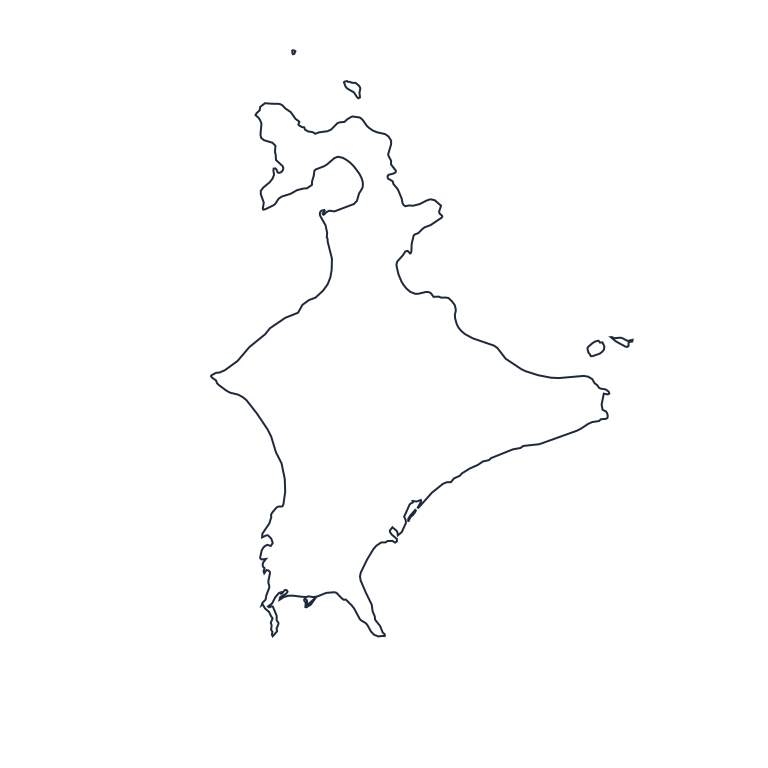 Hokkaidō, Natural Earth projection, rotated 112°
{"feature_id": "JPN-1847", "entity_name": "Hokkaidō", "entity_type": "Circuit", "adm_level": 1, "iso_a3": "JPN", "parent_name": "Japan", "parent_adm1": "", "projection": "natural_earth1", "projection_center": [142.428, 43.461], "detail": "fine", "context": "isolated", "style": "outline", "palette": "slate", "viewbox_px": 768, "rotation_deg": 112, "n_neighbors": 0, "source": "natural_earth", "source_scale": "10m", "svg_char_len": 6172}
<svg xmlns="http://www.w3.org/2000/svg" viewBox="0 0 768 768"><g transform="rotate(112 384 384)"><path d="M653.3,390.5L659.6,392.7L658.4,394.1L655.6,394.6L654.2,396.6L649.8,397.8L647.8,399.5L643.1,399.5L641.2,402.2L638.4,405.2L636.7,410.2L633.8,413.9L635.0,414.6L632.3,414.7L628.3,413.0L624.2,413.9L615.6,414.1L613.8,415.0L611.9,416.6L609.6,417.5L601.8,418.9L600.7,419.8L600.2,421.3L600.5,423.2L604.4,424.1L602.8,425.5L599.5,425.8L598.6,427.9L596.6,429.0L594.5,429.1L590.4,427.9L592.5,431.6L592.2,433.0L591.4,433.8L584.6,435.0L581.7,434.8L579.1,433.9L576.8,431.9L576.6,428.3L573.1,427.6L569.6,430.6L567.8,434.8L568.3,436.3L571.9,439.6L568.4,440.7L556.3,438.1L549.7,438.6L547.5,439.8L544.9,439.4L538.6,437.3L537.1,435.9L535.8,432.7L534.7,432.2L532.8,432.3L521.0,435.2L509.1,440.5L495.9,449.3L487.8,458.6L475.0,468.9L469.6,475.1L458.9,490.9L450.5,505.5L449.1,510.0L448.5,515.1L449.7,523.6L449.1,528.2L446.8,536.9L445.8,539.1L443.6,541.1L442.5,545.9L441.5,547.4L440.2,547.0L436.5,543.8L434.9,540.7L430.8,536.7L417.5,528.4L400.3,522.7L382.3,512.8L375.0,510.6L359.7,500.4L350.1,490.4L341.2,489.3L334.3,485.0L329.6,479.9L320.4,475.5L312.7,473.6L305.0,473.7L297.7,475.3L287.3,479.2L273.2,489.5L270.8,490.6L269.2,492.1L265.2,493.3L258.7,497.7L252.3,505.8L250.9,507.0L248.9,507.6L246.8,507.0L245.0,504.5L245.4,504.0L248.7,504.7L249.5,504.4L249.7,503.3L246.3,501.8L243.9,499.8L242.5,494.6L228.4,479.3L224.3,477.7L216.8,478.5L210.7,477.5L208.6,477.7L204.9,479.2L201.4,482.0L198.3,485.6L193.6,493.3L191.7,497.6L190.4,502.2L189.7,507.0L190.6,511.9L193.1,514.6L201.8,519.1L204.5,521.1L210.7,527.7L212.3,528.4L217.5,527.1L223.0,526.6L226.4,525.4L231.4,528.7L232.8,531.7L236.8,537.2L242.8,542.0L248.4,548.9L251.6,551.1L257.7,552.3L259.7,553.4L266.1,559.2L267.6,561.2L266.7,562.1L260.9,563.4L254.2,569.3L251.0,570.6L247.1,569.5L239.8,565.6L235.5,564.3L231.3,564.3L227.5,566.5L225.6,567.0L224.8,565.4L225.5,563.9L227.8,561.8L227.3,559.9L225.8,558.5L223.7,557.9L221.6,558.2L220.0,559.5L216.8,568.0L211.7,570.5L209.8,572.0L203.8,573.9L202.1,577.8L202.9,586.5L201.9,590.0L199.2,591.9L188.4,595.2L185.6,597.9L184.2,600.0L182.8,603.9L180.7,603.6L176.7,601.8L173.5,602.6L168.2,599.5L166.2,593.0L163.7,586.8L163.4,584.6L163.8,582.2L165.4,578.9L166.9,572.2L171.3,565.4L172.4,561.1L172.8,560.6L175.3,560.7L176.1,559.6L176.5,556.3L175.9,554.1L177.7,552.6L178.3,548.9L177.3,545.2L177.3,543.2L177.8,541.6L175.0,538.5L170.8,531.1L168.0,528.4L159.5,524.8L157.9,522.9L155.8,518.8L152.4,517.3L148.6,514.4L147.7,513.2L146.0,506.4L146.5,504.3L147.5,502.1L151.1,496.6L152.0,494.3L153.2,489.4L153.2,484.6L151.9,476.6L152.8,472.5L155.7,468.6L159.1,467.2L169.4,466.2L170.8,465.3L174.3,461.1L177.8,459.7L181.8,452.9L183.3,452.5L185.2,453.9L188.4,458.2L190.1,458.6L192.0,457.3L192.7,452.3L193.4,451.2L194.9,450.4L198.4,444.0L205.5,437.0L209.1,434.8L210.6,433.0L211.2,431.0L209.1,427.7L207.8,423.8L203.8,418.3L197.8,413.1L195.3,410.1L194.6,405.8L197.3,397.9L203.5,397.5L205.1,396.4L206.2,393.3L206.9,392.7L208.1,392.8L219.3,400.4L223.3,404.8L225.1,406.1L231.2,408.7L234.1,411.7L235.2,412.1L243.9,410.8L250.4,408.4L252.3,408.2L253.2,408.7L251.7,412.0L253.2,413.9L257.2,414.6L265.6,417.6L268.3,417.3L270.6,416.1L277.1,411.5L282.8,405.8L285.0,402.7L287.2,398.7L288.7,394.0L288.7,389.0L287.6,386.2L282.9,379.5L282.0,376.7L282.2,374.6L284.6,370.8L282.4,365.6L282.6,363.6L280.7,358.9L280.1,356.5L281.9,351.9L284.2,348.1L287.6,345.6L289.5,344.8L293.1,344.3L296.3,342.8L301.1,339.1L303.7,336.2L305.8,332.5L307.4,327.6L308.4,318.7L307.2,296.3L308.1,292.5L315.0,280.6L318.8,262.2L319.1,257.5L318.1,244.3L315.6,231.5L313.0,224.1L301.7,201.9L300.7,197.4L301.5,192.7L304.4,189.0L305.2,185.9L307.0,183.1L307.1,181.4L306.0,176.4L306.9,172.9L308.4,171.5L309.4,172.1L309.9,173.0L310.6,176.6L321.6,174.5L326.0,171.7L326.3,167.9L327.5,166.2L329.7,164.6L331.8,164.1L333.1,165.1L335.4,169.6L337.9,170.9L341.2,176.6L344.5,179.8L351.7,184.7L354.9,187.5L381.6,217.4L389.3,231.7L392.2,233.5L396.3,240.0L412.5,256.9L415.3,258.2L418.8,263.3L423.9,266.7L430.3,272.9L437.6,278.2L440.6,279.3L445.4,283.8L450.0,285.2L451.5,288.9L454.5,292.0L466.9,298.9L485.9,305.7L485.9,306.4L479.0,305.6L477.8,306.4L480.7,309.7L481.8,313.7L483.0,312.9L485.3,314.8L486.5,315.1L499.5,315.6L501.9,313.0L504.7,311.6L514.8,312.1L519.2,314.5L516.6,315.9L515.4,317.3L513.7,322.5L517.7,323.7L518.9,323.1L520.7,320.5L522.9,314.0L525.2,313.1L526.9,314.3L526.3,317.4L528.3,321.9L530.3,323.3L531.7,326.8L532.5,327.6L536.8,330.5L541.2,332.0L553.0,333.9L567.3,334.9L571.4,334.2L575.0,332.0L584.7,322.2L593.1,312.8L599.0,309.4L603.0,305.5L605.9,303.9L609.9,296.9L614.9,292.1L615.9,289.4L617.5,289.0L618.2,291.1L620.2,294.7L620.2,299.3L618.4,303.3L613.5,309.4L612.5,311.6L611.7,316.8L611.0,318.4L603.5,327.4L601.4,330.9L598.2,338.6L599.1,340.5L598.6,342.7L595.4,349.9L595.7,352.1L599.3,359.3L606.0,366.3L608.0,369.6L609.3,374.9L610.5,375.9L612.0,380.3L614.4,389.3L616.2,393.4L619.1,397.1L623.2,400.0L620.5,400.4L615.2,396.2L612.7,395.6L611.9,396.4L611.7,397.7L612.3,398.8L616.6,400.2L617.0,401.0L615.6,401.4L617.1,403.1L622.4,404.9L629.6,405.6L633.7,408.2L634.1,406.8L632.4,405.2L632.0,403.7L639.1,396.7L643.5,394.9L644.7,392.7L645.8,392.0L651.0,392.0L653.3,390.5ZM280.0,201.0L280.7,202.6L279.0,204.7L278.5,206.1L275.0,208.6L273.6,208.8L267.8,205.9L265.1,203.7L263.5,201.3L264.7,199.2L263.6,197.0L266.6,193.8L269.6,192.9L272.3,193.7L275.1,195.4L280.0,201.0ZM127.3,513.6L128.7,514.9L127.8,517.0L124.9,521.0L123.8,528.9L122.5,531.2L119.2,534.2L118.4,533.8L117.0,531.8L117.3,530.6L116.7,528.7L116.7,526.5L115.5,523.2L116.7,519.2L117.8,517.5L119.1,516.6L123.0,515.9L127.3,513.6ZM257.1,171.5L258.5,172.3L258.9,174.2L257.6,185.1L255.6,191.2L255.0,189.8L255.6,188.3L252.5,182.2L252.2,179.9L252.8,174.8L252.4,173.6L249.9,170.1L251.6,169.7L253.3,172.6L254.4,172.6L257.1,171.5ZM615.9,369.2L620.1,372.3L620.3,373.3L616.0,374.7L614.8,376.8L613.6,377.3L612.7,376.8L613.0,375.1L614.0,374.1L617.7,372.2L606.7,367.0L615.9,369.2ZM494.7,308.1L497.3,309.6L502.7,310.0L499.7,311.0L496.0,310.3L489.0,307.9L489.3,307.1L490.9,307.1L494.7,308.1ZM111.5,590.9L112.3,591.9L111.6,592.9L109.2,594.0L108.8,593.6L108.4,592.1L108.7,590.8L111.5,590.9Z" fill="none" stroke="#1e293b" stroke-width="2"/></g></svg>